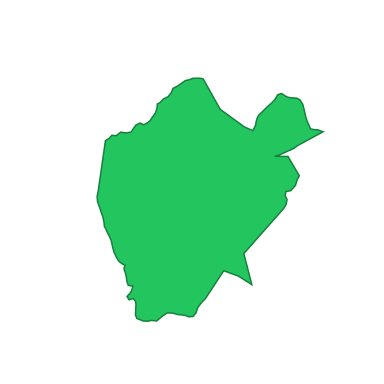 the district of Marechal Deodoro, Alagoas, Brazil, rotated 123°
{"feature_id": "56859067B1400711858977", "entity_name": "Marechal Deodoro", "entity_type": "district", "adm_level": 2, "iso_a3": "BRA", "parent_name": "Brazil", "parent_adm1": "Alagoas", "projection": "albers", "projection_center": [-35.91, -9.719], "detail": "fine", "context": "isolated", "style": "filled", "palette": "green", "viewbox_px": 384, "rotation_deg": 123, "n_neighbors": 0, "source": "geoboundaries", "source_scale": "gbopen_adm2", "svg_char_len": 1689}
<svg xmlns="http://www.w3.org/2000/svg" viewBox="0 0 384 384"><g transform="rotate(123 192 192)"><path d="M247.4,269.2L251.6,265.9L254.7,261.9L256.7,259.2L258.8,256.8L261.0,253.7L265.0,249.6L268.6,246.7L270.2,243.7L272.5,240.2L274.5,236.7L276.9,233.1L280.2,229.8L282.4,227.5L284.9,224.7L287.7,220.2L289.9,215.9L290.3,211.8L289.9,208.3L293.4,207.3L296.5,203.4L298.8,201.0L302.5,197.9L305.0,194.6L303.3,190.3L307.6,188.9L311.2,188.9L315.0,189.6L316.7,186.1L313.4,183.3L314.4,179.9L316.7,177.8L321.2,175.2L325.9,172.5L328.1,169.3L326.8,162.8L324.4,158.6L321.9,156.2L319.4,151.4L314.9,150.0L311.4,148.9L307.0,147.0L304.0,142.2L302.7,137.5L300.7,133.7L299.0,130.0L298.5,126.8L295.8,123.3L291.3,122.8L285.6,124.2L280.7,123.9L273.9,122.7L240.8,122.5L237.3,107.4L237.1,91.4L215.4,115.0L156.3,106.2L151.6,106.2L146.6,108.1L144.5,111.7L140.5,113.5L137.2,110.0L130.2,108.8L124.2,110.5L120.0,110.8L109.9,130.9L117.1,142.1L112.9,138.6L100.0,130.4L95.3,128.6L70.1,114.9L71.4,120.6L73.4,123.9L74.4,127.0L69.6,134.4L67.0,137.5L63.9,140.7L61.5,143.2L58.2,146.8L55.9,151.6L56.3,155.5L58.5,159.2L60.2,162.9L60.7,166.2L60.6,170.5L63.8,173.1L68.9,172.8L73.6,173.6L77.1,174.6L80.8,175.5L85.3,176.5L91.4,177.9L94.9,177.5L98.0,176.5L101.6,175.0L107.4,174.4L108.9,183.6L107.3,213.4L91.0,244.3L92.2,247.3L96.1,253.1L99.9,255.9L102.0,258.2L106.5,260.0L110.8,261.7L115.5,264.4L119.5,263.5L125.0,263.9L129.7,266.7L134.2,267.4L137.1,269.0L141.0,266.9L145.8,265.7L151.3,266.0L154.9,266.0L158.2,267.0L161.8,269.0L162.5,273.2L166.2,275.4L169.9,275.7L174.8,275.7L178.4,279.5L180.6,284.4L186.0,286.2L188.1,290.1L192.2,290.7L196.0,292.6L242.7,271.0L247.4,269.2Z" fill="#22c55e" stroke="#15803d" stroke-width="1.5"/></g></svg>